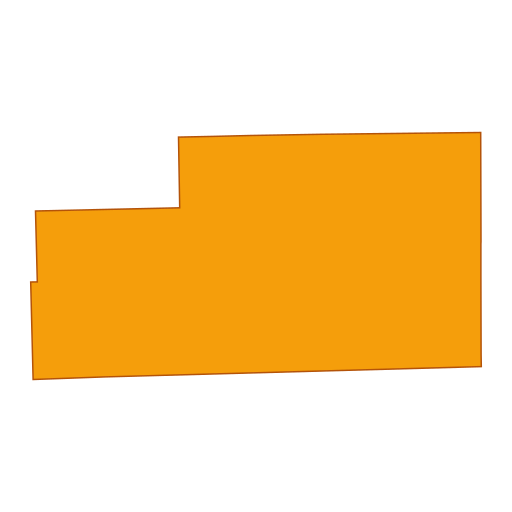 Kankakee, Illinois, United States of America
{"feature_id": "52423323B31844468450221", "entity_name": "Kankakee", "entity_type": "district", "adm_level": 2, "iso_a3": "USA", "parent_name": "United States of America", "parent_adm1": "Illinois", "projection": "equal_earth", "projection_center": [-87.786, 41.146], "detail": "fine", "context": "isolated", "style": "filled", "palette": "amber", "viewbox_px": 512, "rotation_deg": 0, "n_neighbors": 0, "source": "geoboundaries", "source_scale": "gbopen_adm2", "svg_char_len": 415}
<svg xmlns="http://www.w3.org/2000/svg" viewBox="0 0 512 512"><path d="M33.1,379.5L104.8,376.9L481.3,366.6L481.3,366.4L481.1,354.8L480.9,276.1L480.9,261.3L480.9,253.5L480.9,249.7L480.9,245.2L480.9,244.7L480.9,244.1L481.0,241.6L481.0,239.8L480.7,132.5L320.7,134.3L250.8,135.5L213.1,136.4L178.5,137.1L179.7,207.8L35.5,211.0L37.3,281.9L30.7,282.0L33.1,379.5Z" fill="#f59e0b" stroke="#b45309" stroke-width="1.5"/></svg>